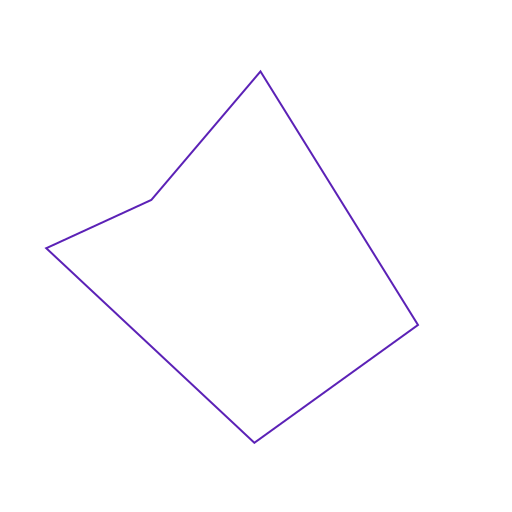 Shirin city, Tashkent, Uzbekistan (Robinson projection), rotated 128°
{"feature_id": "79887680B49075560647606", "entity_name": "Shirin city", "entity_type": "district", "adm_level": 2, "iso_a3": "UZB", "parent_name": "Uzbekistan", "parent_adm1": "Tashkent", "projection": "robinson", "projection_center": [69.117, 40.217], "detail": "fine", "context": "isolated", "style": "outline", "palette": "violet", "viewbox_px": 512, "rotation_deg": 128, "n_neighbors": 0, "source": "geoboundaries", "source_scale": "gbopen_adm2", "svg_char_len": 237}
<svg xmlns="http://www.w3.org/2000/svg" viewBox="0 0 512 512"><g transform="rotate(128 256 256)"><path d="M404.2,142.3L210.6,85.9L107.8,366.1L276.2,373.0L379.0,426.1L404.2,142.3Z" fill="none" stroke="#5b21b6" stroke-width="2"/></g></svg>